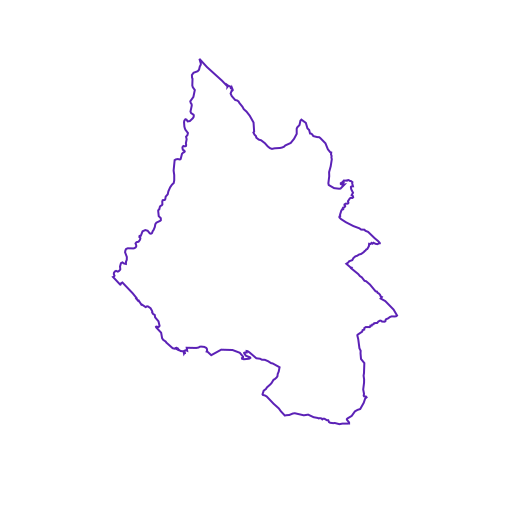 Candesti, Arges, Romania (Robinson projection), rotated 231°
{"feature_id": "2599482B17245199742801", "entity_name": "Candesti", "entity_type": "district", "adm_level": 2, "iso_a3": "ROU", "parent_name": "Romania", "parent_adm1": "Arges", "projection": "robinson", "projection_center": [25.189, 45.06], "detail": "fine", "context": "isolated", "style": "outline", "palette": "violet", "viewbox_px": 512, "rotation_deg": 231, "n_neighbors": 0, "source": "geoboundaries", "source_scale": "gbopen_adm2", "svg_char_len": 6128}
<svg xmlns="http://www.w3.org/2000/svg" viewBox="0 0 512 512"><g transform="rotate(231 256 256)"><path d="M444.8,336.1L440.0,334.1L439.3,333.2L438.7,331.7L436.6,328.9L436.3,326.9L437.7,322.8L437.0,320.1L434.8,318.5L433.7,318.2L428.6,313.8L426.9,313.1L423.5,312.9L419.0,307.4L417.6,302.3L416.0,301.6L414.5,301.5L413.3,300.7L409.5,296.0L407.9,295.5L405.1,296.4L404.1,295.9L403.3,295.0L402.8,293.5L402.5,289.5L403.6,287.6L405.8,287.8L406.7,287.2L406.3,285.5L405.3,284.3L401.7,281.8L399.9,281.0L398.5,280.6L394.4,280.5L393.1,278.8L392.7,276.7L390.4,275.6L387.8,272.5L386.4,271.7L385.6,270.9L385.9,269.8L387.2,268.8L387.0,267.7L386.4,266.9L384.6,266.0L382.9,266.6L382.0,266.3L381.9,265.5L382.2,264.6L382.0,262.8L378.8,258.5L378.9,257.6L380.6,256.2L381.5,254.5L381.7,253.1L374.2,245.7L370.4,243.4L366.3,240.1L364.5,238.0L364.3,235.5L363.4,232.5L361.4,228.6L359.5,226.2L359.0,223.2L357.3,221.3L357.0,220.3L358.1,218.6L357.4,217.5L354.9,215.6L354.7,214.7L355.0,213.2L354.7,212.2L353.1,210.2L353.3,209.6L352.8,208.5L348.2,205.5L345.3,205.8L343.7,204.6L343.6,203.8L344.6,199.6L344.1,197.8L342.2,195.6L340.7,192.8L340.3,191.3L339.3,189.7L339.3,188.8L339.7,188.1L340.5,187.7L343.8,187.7L345.8,186.3L346.6,183.4L344.2,179.2L344.9,178.2L344.2,177.3L343.0,177.5L342.3,177.1L341.5,175.7L341.0,173.7L341.8,172.2L341.9,171.3L341.6,170.3L339.6,169.6L338.7,168.8L338.4,167.6L338.8,165.8L342.7,161.2L343.2,159.5L342.6,158.1L341.3,156.6L336.5,155.0L334.4,153.2L333.4,151.4L331.7,149.9L333.4,148.6L335.1,148.2L335.4,146.5L333.4,143.7L331.1,142.2L330.8,141.6L330.6,140.0L330.8,138.8L332.5,137.9L332.8,136.6L332.3,135.0L331.4,134.1L329.7,133.6L329.4,132.3L329.6,131.7L319.7,132.4L319.7,133.0L319.2,133.0L319.7,134.3L319.5,135.5L304.6,136.7L298.4,136.7L298.4,136.1L295.2,136.2L295.2,136.8L290.3,136.3L290.3,136.7L285.7,138.1L285.5,139.6L284.8,140.3L281.8,141.2L279.0,140.7L277.6,140.2L277.5,139.8L276.0,139.5L273.9,140.2L271.8,139.0L266.6,139.1L262.4,137.1L262.1,135.6L263.9,134.1L263.9,133.7L263.3,133.5L256.1,134.0L251.2,131.3L249.3,131.1L246.2,132.0L245.3,131.8L236.8,133.2L235.2,134.4L235.1,135.6L234.9,135.8L234.7,135.2L233.9,135.6L234.5,136.5L233.4,137.1L232.5,137.0L231.9,136.4L231.3,136.8L231.4,137.1L229.6,137.6L227.5,139.7L225.4,138.6L225.7,139.4L225.4,139.7L227.4,140.8L226.9,142.3L225.7,142.9L228.3,144.4L222.2,151.6L221.0,153.8L220.9,155.1L220.2,156.3L217.9,158.6L215.9,159.5L214.8,159.4L213.5,158.7L212.8,157.5L211.9,158.1L207.1,158.8L205.1,170.0L197.7,178.6L191.0,182.5L185.9,182.6L185.4,182.2L185.5,180.8L184.9,180.5L183.4,181.6L180.9,185.4L180.4,186.4L180.4,187.5L181.0,187.6L184.8,185.4L187.6,185.5L188.2,185.9L188.0,186.6L186.9,188.0L188.1,188.9L187.3,189.6L185.0,190.3L176.3,191.9L173.6,194.5L171.7,195.3L169.8,197.5L166.6,199.2L163.2,200.3L162.1,201.3L154.7,204.3L151.8,200.8L150.7,198.7L149.0,196.9L148.6,195.4L148.5,192.9L148.8,191.8L147.5,188.2L147.2,186.4L147.0,181.8L146.4,180.0L146.5,177.2L144.4,174.0L143.7,173.9L141.9,175.2L140.1,175.9L130.0,176.7L123.2,177.8L119.7,177.6L113.9,178.0L113.1,179.5L111.5,181.8L110.4,185.5L109.4,187.2L102.1,192.9L99.9,196.7L94.5,199.3L91.1,202.2L90.4,202.4L89.8,203.6L88.6,204.6L87.3,204.7L87.3,205.8L86.4,206.8L83.8,207.7L82.9,208.8L81.0,208.2L79.7,208.7L77.4,210.9L76.7,212.1L72.8,215.0L71.4,217.6L67.2,222.9L68.1,223.6L71.6,223.6L72.1,224.0L72.2,224.9L71.5,229.7L73.0,235.1L72.5,238.1L71.5,240.7L74.1,247.3L76.5,251.1L76.6,253.0L77.6,253.0L78.9,251.7L79.7,251.8L80.9,253.2L84.8,255.3L89.5,260.2L92.0,262.3L95.3,264.3L97.0,266.2L104.6,272.8L109.9,272.8L114.6,276.0L116.5,277.7L119.2,278.3L127.0,283.1L130.4,284.7L130.9,285.3L130.4,290.9L131.3,292.2L130.7,293.8L131.8,294.8L131.7,296.6L129.2,299.6L129.2,300.5L129.9,301.1L129.1,302.2L129.6,303.1L129.0,304.4L129.4,305.6L127.7,308.1L128.1,309.9L127.7,311.8L127.0,312.4L125.7,312.7L124.0,314.6L123.9,315.5L124.7,316.4L125.0,317.3L124.4,319.3L124.3,321.7L123.7,323.4L121.6,325.9L120.9,327.2L121.0,328.2L127.8,329.2L139.6,328.1L144.5,326.1L144.9,328.0L146.2,327.5L147.9,328.0L149.8,327.8L150.8,327.3L152.2,327.6L153.3,326.7L162.1,326.6L167.1,325.7L168.4,324.7L172.9,324.8L175.0,324.1L177.6,324.1L186.6,322.2L186.8,322.9L187.6,322.3L193.1,321.3L192.9,323.6L193.3,325.1L192.2,328.2L193.1,330.4L193.2,333.0L192.5,334.8L192.3,337.0L191.4,339.0L191.2,342.3L191.5,343.5L191.3,344.3L191.7,345.7L191.4,346.9L192.6,349.9L194.3,351.6L193.2,352.5L193.5,354.0L192.2,354.4L192.4,355.6L190.2,356.6L188.8,357.8L188.5,359.4L188.0,360.2L188.3,360.4L190.6,360.3L195.2,359.4L204.2,358.3L206.7,356.9L208.2,356.8L210.4,354.3L212.4,353.8L218.0,350.5L225.7,347.1L231.2,345.3L233.5,345.1L234.2,345.7L234.0,346.5L235.2,347.3L237.6,350.9L237.9,351.9L237.5,353.0L238.4,353.2L238.8,354.1L238.2,355.1L238.5,356.6L239.0,356.9L240.0,356.8L240.4,357.3L240.2,358.8L239.2,359.8L238.9,360.8L239.3,361.4L240.7,361.9L241.6,364.8L241.7,366.0L240.4,367.5L240.5,368.5L241.6,369.0L243.1,368.6L244.1,371.2L247.9,372.0L249.4,372.8L250.0,373.3L250.0,373.9L249.1,375.2L252.0,376.5L252.7,377.4L254.6,376.9L255.1,376.3L256.8,375.7L257.5,374.4L257.3,374.1L259.3,371.8L259.0,371.3L259.2,370.4L258.3,370.4L258.7,368.8L258.0,369.0L258.0,368.5L257.7,368.2L258.3,368.4L259.2,368.0L259.2,367.7L258.5,367.2L257.4,367.7L255.9,369.9L255.2,364.1L256.0,362.9L259.6,359.4L265.4,357.2L267.0,358.0L271.9,363.1L275.2,365.6L278.7,370.5L283.5,375.8L285.4,376.8L286.1,377.7L287.7,378.2L289.1,379.6L289.9,379.0L293.7,379.0L299.9,380.9L307.1,380.2L308.5,379.9L309.9,378.4L313.1,376.0L315.1,376.2L316.5,375.8L317.2,375.1L320.5,376.6L322.8,376.3L328.1,378.5L333.4,377.1L333.2,375.7L330.4,372.2L330.0,369.0L329.3,367.7L325.3,364.5L323.1,359.3L322.0,354.1L323.5,348.3L323.3,346.6L323.9,344.5L324.8,342.7L328.0,338.2L329.2,335.8L331.1,334.7L333.8,334.1L338.1,333.9L342.7,332.8L344.7,331.4L347.8,330.7L349.1,331.4L351.3,331.2L353.6,331.7L353.8,332.8L361.3,338.1L369.0,339.4L374.1,339.5L377.8,338.9L380.5,339.4L385.6,339.4L387.0,339.7L388.8,339.2L390.3,338.0L395.6,337.8L398.2,338.5L399.7,341.0L399.4,341.5L399.6,342.4L402.1,343.2L401.5,342.3L402.2,342.0L403.5,342.8L405.7,341.7L405.4,340.3L406.5,341.4L408.1,341.0L407.7,340.4L413.7,339.9L433.6,336.8L444.8,336.1Z" fill="none" stroke="#5b21b6" stroke-width="2"/></g></svg>